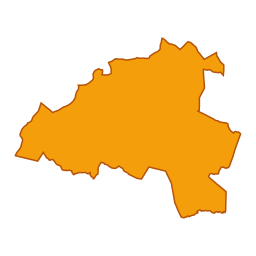 outline of Nandi Hills, Rift Valley, Kenya
{"feature_id": "3690345B43837463822996", "entity_name": "Nandi Hills", "entity_type": "district", "adm_level": 2, "iso_a3": "KEN", "parent_name": "Kenya", "parent_adm1": "Rift Valley", "projection": "orthographic", "projection_center": [35.259, 0.122], "detail": "fine", "context": "isolated", "style": "filled", "palette": "amber", "viewbox_px": 256, "rotation_deg": 0, "n_neighbors": 0, "source": "geoboundaries", "source_scale": "gbopen_adm2", "svg_char_len": 5778}
<svg xmlns="http://www.w3.org/2000/svg" viewBox="0 0 256 256"><path d="M15.4,155.7L37.7,161.1L43.3,152.4L46.0,156.8L46.9,158.1L47.8,158.5L48.6,159.1L49.0,159.9L49.8,160.2L50.6,160.1L51.0,159.6L52.0,159.5L53.1,159.9L53.8,160.5L54.3,161.1L54.7,161.8L55.2,162.3L55.6,163.1L56.2,163.7L56.8,164.4L57.4,164.8L58.2,165.0L58.8,165.4L59.7,165.6L60.5,166.1L60.9,166.7L61.0,167.3L61.4,167.9L61.5,168.5L61.9,169.1L62.4,169.9L63.3,170.1L64.2,170.4L65.1,170.3L66.1,170.3L66.8,170.6L67.8,170.5L68.8,170.2L69.9,170.4L70.7,170.7L71.5,170.7L71.7,171.4L72.0,172.0L72.2,172.9L72.7,173.8L73.4,174.2L73.9,174.7L74.7,174.1L75.1,173.5L75.9,173.7L76.7,173.4L77.5,172.9L78.5,172.9L79.7,172.5L81.8,172.7L82.9,172.7L84.6,172.4L85.2,172.4L85.8,172.7L86.5,173.1L87.2,173.5L87.9,173.8L88.7,173.6L89.5,173.0L90.1,172.6L90.2,173.6L90.1,174.6L90.3,175.1L90.8,175.9L93.0,177.9L93.4,178.8L94.1,178.5L94.4,177.9L94.6,177.3L95.1,177.0L95.5,176.3L96.0,175.4L96.8,174.6L97.7,174.3L98.0,172.7L98.2,167.5L100.2,163.7L101.3,162.2L102.2,162.8L103.2,162.8L103.9,162.9L104.2,163.7L104.7,164.2L106.9,164.7L107.8,165.2L108.8,166.1L109.5,166.7L110.4,167.0L111.8,168.0L114.5,168.4L115.4,168.3L116.5,167.9L118.3,166.5L119.0,166.1L119.9,166.8L120.5,167.3L121.5,167.9L122.3,168.0L122.8,168.5L123.3,169.7L123.6,170.4L124.1,171.0L125.3,171.8L127.9,173.0L128.4,174.0L129.0,174.4L129.5,174.6L130.3,175.1L131.5,175.6L133.8,176.8L136.9,178.2L138.3,178.6L141.5,179.0L148.9,167.0L165.6,171.1L166.7,173.2L167.0,174.3L168.2,176.5L171.4,183.3L174.8,202.6L177.9,210.1L181.2,217.0L182.0,217.4L183.0,217.6L183.6,217.7L184.4,217.7L184.9,217.3L185.6,217.0L186.5,217.1L187.1,216.4L187.9,216.0L188.7,216.6L189.5,216.6L190.1,216.1L191.0,215.7L192.1,215.4L193.1,215.2L194.0,215.1L194.5,214.7L195.0,214.1L195.6,213.5L196.3,213.2L197.1,213.1L197.9,212.7L197.2,211.2L199.9,209.9L201.6,211.2L202.2,210.8L203.0,210.7L203.6,210.9L204.6,210.8L205.8,210.5L206.6,210.7L207.2,210.9L209.4,210.7L210.3,210.9L211.6,212.1L212.4,212.7L213.4,212.7L214.1,213.2L214.9,212.7L215.5,212.0L216.1,211.6L216.8,211.8L217.7,212.2L218.4,212.3L219.1,211.7L219.9,211.9L221.3,212.8L222.3,213.0L223.2,212.8L223.3,211.8L223.9,211.6L224.5,212.0L225.0,212.5L225.4,211.7L225.6,210.9L226.1,191.7L219.2,185.9L217.0,184.2L215.8,183.1L210.3,178.5L208.6,176.7L209.0,175.5L209.6,174.3L210.5,173.6L211.3,173.6L212.0,173.7L213.4,174.2L214.0,174.3L214.9,174.1L215.8,173.7L216.4,173.9L217.2,174.0L218.3,173.8L218.7,173.1L218.8,172.4L218.8,171.6L219.1,170.9L220.1,169.5L220.2,168.9L220.6,168.1L221.4,167.5L222.3,166.9L223.0,167.1L223.6,167.4L226.1,168.3L226.7,167.9L227.5,167.7L228.2,167.7L229.4,166.1L232.9,156.6L234.6,150.7L236.5,145.2L239.0,138.4L240.6,133.9L240.2,133.4L239.4,132.7L238.4,132.0L237.6,132.2L237.0,132.1L236.4,131.7L235.3,131.5L234.2,132.0L233.6,133.1L231.5,131.6L230.4,130.4L229.5,129.4L229.5,128.7L229.2,128.1L228.7,127.5L228.1,126.4L228.0,125.1L228.0,124.1L226.6,123.1L225.3,122.7L224.3,122.8L223.7,122.8L222.9,122.5L219.6,121.9L218.2,121.0L217.5,120.7L216.6,120.6L215.9,120.6L213.1,118.8L204.6,114.4L199.8,112.1L199.1,111.6L198.0,111.1L199.2,110.4L199.3,107.7L199.4,106.1L199.4,97.7L203.4,90.1L204.5,88.0L203.4,72.6L203.4,69.3L207.7,70.2L208.6,69.6L209.6,69.9L210.7,70.1L211.5,70.7L212.3,71.5L213.1,71.9L214.1,72.1L217.9,72.6L218.7,72.7L220.4,72.1L223.3,75.3L223.8,70.3L223.8,65.1L222.9,64.1L221.0,62.5L220.5,61.9L219.7,60.6L218.1,57.8L217.7,57.1L217.2,56.5L216.7,55.5L216.6,54.5L216.6,53.4L216.4,52.6L204.2,59.4L203.8,59.0L203.5,58.4L203.0,57.8L201.2,55.6L200.7,55.0L199.9,53.9L199.2,53.0L198.3,52.1L197.9,51.6L197.5,50.9L197.3,50.0L196.8,49.1L196.5,48.1L196.1,47.4L195.5,46.7L194.7,46.1L191.4,43.1L190.2,42.4L189.4,42.2L188.7,42.0L188.1,41.7L187.0,42.6L182.1,47.6L179.9,49.5L178.8,48.4L178.0,47.9L177.2,47.3L176.9,46.7L176.2,46.3L175.6,45.7L174.6,45.1L173.6,45.0L171.8,44.1L171.1,44.0L170.3,44.1L169.4,43.9L168.6,43.2L167.9,42.9L167.3,42.2L166.5,41.9L166.2,41.1L165.6,40.4L164.0,39.3L163.4,38.9L162.7,38.3L162.0,38.3L161.5,41.0L161.3,42.1L161.2,42.9L160.5,44.4L160.3,45.4L160.2,46.4L160.2,48.1L160.0,49.2L159.3,50.0L158.6,50.8L157.7,51.5L156.9,51.9L155.0,52.7L153.1,53.9L152.4,54.5L150.5,55.6L149.8,56.3L149.6,57.1L149.3,57.9L147.3,58.5L144.5,58.2L143.7,58.1L139.9,58.2L139.1,58.2L138.3,58.0L137.0,57.6L135.6,58.4L134.7,58.7L128.7,59.8L127.4,60.0L126.4,59.9L125.6,60.1L124.0,59.4L123.0,59.3L122.2,59.1L121.4,59.1L120.6,59.2L119.6,59.2L118.6,59.2L117.9,58.9L117.3,58.9L116.4,58.8L115.6,58.8L114.5,59.4L111.9,61.2L110.9,61.7L109.5,62.0L108.6,62.5L108.9,63.3L109.2,64.1L110.4,66.4L110.7,67.3L111.2,69.7L111.2,70.4L111.1,71.2L111.1,72.0L111.1,72.7L111.0,73.5L110.2,74.0L109.4,74.3L108.2,74.9L106.6,75.0L102.9,74.9L102.0,74.6L102.3,73.9L102.6,71.7L102.7,71.0L102.3,69.8L101.3,69.8L100.6,69.7L100.0,69.5L99.4,69.0L98.6,68.8L95.3,70.4L93.9,72.2L93.1,73.9L93.1,74.7L93.4,77.1L93.4,77.8L93.0,79.4L92.4,80.1L91.2,81.2L89.0,83.0L88.4,83.4L86.7,84.3L86.2,84.6L85.4,84.8L83.2,85.1L80.6,85.3L78.3,85.2L78.7,86.4L78.7,87.3L78.6,88.1L78.3,89.2L77.8,90.1L76.6,91.9L75.7,94.9L75.5,95.9L75.4,96.9L75.3,97.7L74.1,99.4L73.8,100.2L73.3,100.9L72.8,101.6L72.1,102.1L71.6,102.6L70.8,103.3L70.0,104.0L69.0,104.6L68.3,105.2L66.7,105.8L65.1,106.6L63.7,107.0L63.1,107.3L62.4,107.7L61.9,108.1L61.4,108.4L60.6,108.8L59.7,109.5L58.8,110.1L58.1,110.4L57.2,110.7L56.2,111.2L55.2,111.4L53.4,112.2L52.6,112.6L50.6,110.6L41.1,103.0L38.3,111.3L33.3,116.5L32.9,117.3L32.4,118.4L32.1,119.3L31.4,120.7L30.8,121.4L29.2,122.4L28.4,122.8L27.7,122.9L27.5,123.6L26.9,124.4L26.1,125.2L24.6,126.4L23.9,126.9L23.1,127.9L21.8,129.7L21.2,131.2L20.2,133.9L20.1,135.2L20.2,135.9L20.8,136.5L21.4,137.3L22.5,139.2L22.6,140.2L22.4,141.2L21.6,143.7L21.0,146.4L20.7,147.2L20.3,148.1L19.7,148.8L18.6,150.4L18.0,151.0L17.5,151.6L16.5,153.1L16.2,153.9L15.7,154.7L15.4,155.7Z" fill="#f59e0b" stroke="#b45309" stroke-width="1.5"/></svg>